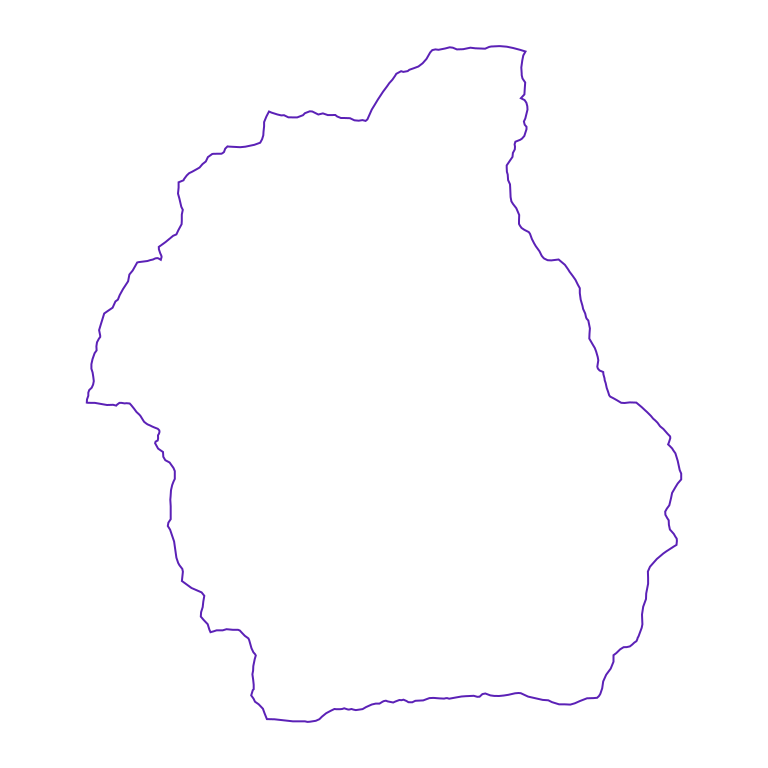 the district of Kawang, Thimphu, Bhutan
{"feature_id": "84629894B41784722800221", "entity_name": "Kawang", "entity_type": "district", "adm_level": 2, "iso_a3": "BTN", "parent_name": "Bhutan", "parent_adm1": "Thimphu", "projection": "robinson", "projection_center": [89.606, 27.573], "detail": "fine", "context": "isolated", "style": "outline", "palette": "violet", "viewbox_px": 768, "rotation_deg": 0, "n_neighbors": 0, "source": "geoboundaries", "source_scale": "gbopen_adm2", "svg_char_len": 6062}
<svg xmlns="http://www.w3.org/2000/svg" viewBox="0 0 768 768"><path d="M676.5,544.9L676.9,540.9L676.7,538.6L675.4,536.7L673.8,533.9L669.9,529.5L668.9,524.8L668.7,520.3L667.3,518.2L665.4,514.8L665.2,511.6L666.8,508.7L669.3,505.3L671.1,497.8L672.1,492.9L675.3,487.4L677.7,483.5L681.2,479.4L681.2,473.6L679.7,470.1L677.7,460.8L676.9,458.2L675.4,453.3L673.2,450.2L672.2,448.5L669.9,446.1L668.1,444.4L668.9,442.5L670.3,438.1L670.1,436.4L667.5,433.7L663.4,429.0L660.1,426.3L657.5,422.7L655.2,420.4L653.2,418.7L650.9,415.9L647.1,412.1L645.0,410.2L641.8,407.2L639.3,405.1L636.3,402.6L629.7,402.4L624.5,403.0L621.2,402.8L616.7,400.1L613.5,398.3L610.2,396.6L609.2,395.3L608.0,391.5L606.7,387.9L605.7,383.2L604.7,380.2L604.5,378.3L603.4,374.3L603.2,372.0L599.6,370.5L597.9,368.6L597.3,366.7L598.3,360.3L597.7,356.9L596.1,351.4L594.8,348.0L593.0,345.0L589.3,338.6L589.5,333.7L589.9,328.4L588.3,320.5L586.6,318.6L586.0,317.1L585.2,313.5L583.1,308.9L582.5,305.9L580.7,299.7L579.8,293.1L579.8,288.2L577.8,284.6L575.5,279.9L572.7,275.9L569.6,271.8L568.2,269.5L564.9,264.8L558.6,259.5L551.3,260.4L547.6,260.2L544.1,258.5L543.1,257.5L541.7,255.8L539.5,251.3L535.8,246.2L534.1,243.3L531.9,239.0L530.0,233.8L528.8,232.1L524.3,229.8L521.5,227.9L519.9,225.6L519.0,223.9L519.0,220.5L519.2,215.0L516.3,208.2L513.1,204.1L511.4,201.4L510.6,197.1L510.2,187.9L510.0,184.3L508.1,180.1L507.7,174.5L506.9,171.8L506.7,167.5L506.7,165.4L510.7,159.5L512.5,156.9L512.9,152.9L514.8,149.4L515.0,146.6L514.6,144.3L515.4,141.7L520.2,139.8L521.9,138.7L524.3,136.0L526.5,129.2L526.5,126.8L524.7,124.7L523.9,121.5L525.3,118.5L527.5,109.6L527.3,106.2L526.4,102.8L524.6,100.1L520.9,98.2L524.4,94.4L524.8,88.1L525.2,82.5L522.5,78.5L521.7,75.1L521.7,73.6L521.3,67.5L522.3,60.3L523.3,55.4L525.5,51.5L520.3,49.9L513.1,48.0L506.8,46.7L499.6,46.1L491.3,46.5L489.2,46.9L485.1,48.7L475.4,48.3L470.4,47.7L463.1,49.2L456.9,49.4L452.8,47.7L449.7,47.3L445.1,48.5L438.5,49.8L435.4,49.4L432.3,50.1L430.2,52.4L426.5,58.9L422.6,63.3L418.4,66.5L414.1,68.1L409.3,69.8L407.7,71.1L403.3,71.9L401.1,71.2L396.3,73.8L395.1,75.8L392.4,79.7L389.3,83.1L387.0,86.4L383.1,91.6L377.9,99.5L374.4,105.3L371.8,109.5L367.4,119.4L365.6,120.9L362.5,120.1L358.7,120.7L354.4,120.3L350.0,118.2L344.0,118.0L340.9,118.0L337.2,116.5L335.3,115.0L327.9,115.1L322.9,113.4L318.3,114.5L312.3,111.5L309.8,111.3L304.9,113.2L303.0,115.2L297.2,117.4L293.5,117.4L288.3,117.3L284.0,115.2L281.3,115.4L277.5,114.5L271.5,112.6L269.0,111.5L266.4,116.5L264.1,122.1L264.1,126.2L263.5,131.9L263.3,135.3L262.1,139.2L260.2,142.7L254.4,144.8L245.3,146.7L240.2,147.2L229.0,146.6L227.5,146.4L225.2,148.7L224.0,152.0L222.6,153.1L221.5,153.7L213.7,153.8L212.2,154.0L207.9,157.1L205.8,161.5L202.5,164.1L199.6,167.5L197.4,168.8L192.2,171.7L189.1,173.2L186.8,175.4L184.1,179.0L183.5,180.3L178.6,182.3L178.6,187.6L178.0,193.6L179.4,198.6L181.3,206.8L182.8,209.8L181.8,214.6L181.8,220.9L181.6,224.2L178.3,230.3L176.4,234.4L173.1,235.8L165.5,242.1L158.8,246.9L158.9,249.3L160.2,253.2L161.3,255.6L161.6,256.9L161.3,258.0L160.8,259.8L158.4,258.4L157.3,258.1L155.3,258.4L153.0,259.5L150.3,260.1L147.5,261.0L141.3,261.8L138.8,262.1L137.2,262.5L132.7,270.5L129.4,274.5L128.1,281.3L123.0,289.1L119.7,295.1L117.9,299.6L115.4,301.5L112.6,307.7L107.6,311.1L104.2,313.5L101.1,323.5L99.1,330.1L100.2,335.6L100.2,337.0L98.9,338.7L97.0,342.3L96.4,346.3L96.6,350.4L94.6,353.2L92.5,359.2L91.4,364.2L91.4,368.7L92.6,372.5L93.3,377.0L93.8,381.1L93.1,384.6L91.7,387.7L89.2,390.1L88.3,392.7L88.3,395.8L87.0,399.4L86.8,402.6L88.0,402.8L95.0,402.9L107.0,405.0L113.1,404.8L116.2,405.6L117.1,404.6L119.4,402.9L121.6,402.9L124.7,403.4L126.5,403.2L129.7,403.5L131.1,405.0L134.0,408.6L136.5,412.0L139.4,414.7L140.5,416.0L143.2,420.4L144.1,421.8L146.4,423.6L147.6,424.4L150.4,425.6L151.7,426.3L154.2,427.4L157.8,428.8L159.3,430.4L159.5,431.9L159.0,433.6L158.0,435.3L158.1,438.4L157.7,440.5L155.6,441.6L155.1,443.2L158.1,448.6L163.0,452.0L163.3,456.8L165.3,460.2L169.6,462.5L173.5,468.0L174.8,471.1L174.8,478.9L173.5,481.6L172.2,485.0L171.0,490.2L170.6,496.3L170.3,499.7L170.7,506.2L170.7,519.2L168.4,522.6L167.8,526.0L170.1,529.7L172.3,536.2L174.1,541.5L176.4,557.7L178.2,563.0L179.5,565.3L182.3,568.9L182.9,571.7L181.9,581.0L191.5,588.0L201.6,592.4L204.3,595.8L203.3,601.6L202.7,607.1L201.1,612.2L200.8,616.6L203.7,620.0L207.7,624.2L209.4,629.7L210.5,632.2L213.4,631.4L216.7,630.3L222.8,630.3L226.5,629.2L232.9,629.8L238.0,629.8L239.8,630.5L242.3,633.2L244.8,635.8L248.4,638.4L249.2,640.2L250.2,643.7L251.5,648.3L253.4,652.3L255.1,654.2L255.8,655.5L254.7,659.2L253.3,666.1L253.1,670.6L252.4,674.3L253.2,680.0L253.7,684.8L253.7,689.2L252.8,690.1L251.2,695.4L253.5,698.6L255.0,701.7L258.7,704.3L262.9,708.7L264.6,713.4L266.9,719.1L274.6,719.3L292.6,721.3L304.8,721.3L307.5,721.9L310.0,721.7L315.8,720.8L319.4,719.2L322.0,716.6L326.2,713.2L330.7,710.8L334.4,709.0L336.3,709.2L339.9,709.2L342.1,709.0L344.2,708.3L347.6,709.4L348.9,709.6L351.5,709.0L353.4,709.6L355.8,710.1L360.7,709.4L362.6,709.1L366.0,707.1L371.8,704.5L375.7,703.6L379.5,703.6L382.4,701.8L383.8,701.1L385.9,700.7L387.7,701.4L390.7,702.0L393.2,702.5L395.4,701.5L399.4,700.0L401.4,700.2L403.5,699.7L406.5,701.0L408.4,702.2L412.2,702.3L415.3,700.8L423.2,700.4L429.4,698.1L433.5,697.9L439.7,698.4L444.1,698.6L445.8,698.2L447.1,698.1L449.2,698.7L455.8,697.5L461.5,696.5L465.5,696.2L473.7,695.8L477.3,696.8L479.6,696.7L482.4,694.1L485.3,693.5L490.4,695.4L494.1,695.9L499.0,696.0L503.9,695.5L508.4,694.8L515.0,693.3L518.5,693.0L520.8,693.2L528.1,696.6L542.7,699.9L548.3,700.3L551.9,702.1L559.0,704.3L563.9,704.3L570.3,704.6L574.8,703.3L580.0,701.0L587.0,698.3L593.4,698.1L597.1,697.8L599.0,696.0L600.3,693.9L602.2,688.3L603.2,681.4L606.2,674.7L610.7,668.6L613.5,661.7L613.5,655.2L616.3,653.1L620.2,649.3L623.6,647.2L626.7,647.1L629.9,646.4L632.3,644.5L634.3,642.6L636.4,641.2L637.2,639.5L637.8,637.5L638.4,636.7L641.7,627.8L642.4,624.3L642.0,614.6L643.2,606.7L646.0,599.0L646.2,593.5L648.1,583.8L648.1,577.9L647.9,571.5L650.0,566.7L656.8,559.0L663.3,553.5L666.4,551.3L673.8,546.5L676.5,544.9Z" fill="none" stroke="#5b21b6" stroke-width="2"/></svg>